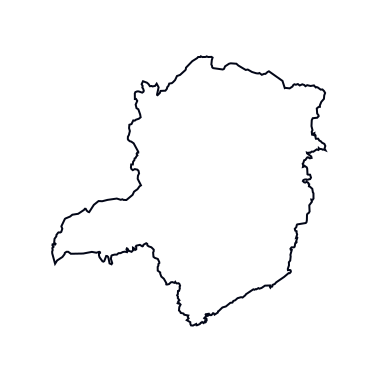 the border of Minas Gerais, rotated 350°
{"feature_id": "BRA-601", "entity_name": "Minas Gerais", "entity_type": "State", "adm_level": 1, "iso_a3": "BRA", "parent_name": "Brazil", "parent_adm1": "", "projection": "robinson", "projection_center": [-44.656, -18.566], "detail": "fine", "context": "isolated", "style": "outline", "palette": "ink", "viewbox_px": 384, "rotation_deg": 350, "n_neighbors": 0, "source": "natural_earth", "source_scale": "10m", "svg_char_len": 6029}
<svg xmlns="http://www.w3.org/2000/svg" viewBox="0 0 384 384"><g transform="rotate(350 192 192)"><path d="M163.0,74.4L166.7,76.6L168.0,78.3L168.9,80.5L170.7,80.6L171.5,81.2L174.1,81.1L176.0,79.2L177.3,83.1L174.5,89.9L174.5,90.4L174.9,90.7L177.5,88.9L178.6,87.0L183.4,87.6L185.2,86.0L185.8,84.5L187.2,83.4L188.4,81.3L191.0,81.3L192.5,80.5L194.8,78.8L197.3,75.2L200.6,74.6L206.5,70.9L207.1,70.3L207.7,68.5L215.0,63.2L220.4,61.0L221.5,60.1L223.5,60.5L224.2,59.9L225.6,60.9L229.1,61.4L230.0,61.0L231.4,61.9L234.6,62.3L235.6,63.2L234.4,65.6L233.2,69.8L233.6,71.1L233.6,72.8L234.4,73.7L243.6,76.7L244.9,76.3L246.4,74.0L250.8,72.1L252.5,72.0L258.0,73.4L259.6,75.5L266.1,81.1L268.2,81.1L271.9,84.2L275.8,86.2L277.8,86.8L279.0,86.5L281.1,88.7L283.5,88.2L284.9,88.4L287.3,86.9L288.7,86.5L300.4,98.3L301.4,105.8L302.1,105.7L306.2,106.9L309.2,105.6L310.4,104.2L311.5,103.7L312.9,104.4L315.0,104.1L316.6,105.8L319.3,105.1L321.1,106.1L322.1,107.5L324.0,106.8L327.2,108.2L330.6,108.2L331.1,109.4L331.9,109.8L332.1,110.5L333.1,110.4L333.9,110.8L336.5,113.5L338.3,113.7L339.6,115.6L340.3,117.6L339.0,119.8L338.1,123.2L335.0,125.7L332.9,129.0L332.8,130.3L331.3,130.3L329.4,131.4L328.9,136.5L329.9,138.4L329.9,139.3L328.2,140.6L323.7,140.3L322.4,142.1L321.1,147.9L321.4,152.0L320.4,153.4L320.2,156.4L321.0,156.7L321.5,155.6L322.6,155.3L322.0,157.0L322.3,157.4L323.1,157.0L323.5,157.7L323.1,160.1L323.3,161.1L325.5,161.4L326.3,163.4L327.7,164.5L328.5,165.9L330.7,167.6L331.3,169.8L330.1,172.2L330.7,174.1L329.2,173.1L328.0,173.0L327.4,172.4L325.0,171.6L324.5,170.9L324.2,172.3L323.8,172.6L322.2,171.7L318.5,173.4L316.9,173.0L315.2,173.9L314.3,173.5L312.8,173.7L312.0,173.2L312.0,173.9L315.6,177.7L315.7,179.2L313.9,179.3L312.2,177.9L311.4,178.0L309.2,180.1L308.0,180.2L306.6,182.9L305.9,183.4L306.1,185.4L305.6,186.6L306.4,186.5L307.2,185.6L309.3,187.7L309.5,189.0L308.8,194.6L309.2,195.0L311.3,195.5L311.7,198.5L310.6,199.8L307.1,200.0L306.6,199.4L305.0,199.3L303.8,199.6L303.1,200.5L304.1,201.9L305.1,202.4L306.7,201.9L308.1,203.1L308.1,204.0L308.8,204.7L308.1,206.7L309.0,207.2L311.0,209.7L311.0,213.4L311.4,214.3L310.5,219.6L309.5,220.6L308.2,220.2L308.4,222.4L305.2,225.4L304.4,231.7L303.1,233.1L302.0,233.4L301.3,234.4L300.2,239.8L299.5,241.6L298.6,242.3L290.0,242.2L289.4,242.8L288.7,244.6L286.8,246.2L287.0,248.0L288.2,248.8L287.9,250.2L288.2,252.0L286.6,255.1L287.6,254.9L287.8,255.3L285.9,258.9L286.3,259.5L285.8,260.1L284.8,260.3L283.6,263.7L282.7,264.2L280.4,263.8L279.1,265.0L279.2,266.0L280.2,266.3L280.1,266.6L278.0,271.0L278.0,272.5L276.8,276.6L275.2,278.0L274.8,281.0L273.0,284.4L272.9,285.6L274.9,285.8L275.5,286.3L275.6,287.3L275.2,288.1L274.1,288.9L273.0,288.7L268.0,291.6L259.2,295.6L257.5,297.0L255.8,297.3L255.2,297.6L254.6,299.0L253.5,298.9L252.6,299.8L252.3,299.0L252.7,297.6L247.6,296.9L243.8,298.6L241.5,298.9L240.7,298.2L238.5,299.0L237.9,298.7L236.5,299.1L235.5,298.5L227.5,302.0L226.5,303.0L223.5,304.7L222.1,304.1L218.4,304.5L215.8,306.1L213.8,306.5L212.6,307.9L210.5,307.8L205.5,310.6L201.9,311.0L197.6,313.9L196.9,314.1L196.5,315.2L192.9,316.7L192.4,315.4L191.7,315.0L189.8,316.6L188.5,316.4L188.1,315.6L186.0,316.7L185.5,316.0L186.4,314.8L184.3,314.8L184.1,315.1L184.7,316.5L182.1,318.4L182.6,319.0L184.0,319.0L184.3,319.5L184.1,321.0L183.1,321.1L183.2,322.0L182.9,322.6L182.4,322.7L181.8,322.0L180.7,323.1L179.4,321.8L178.8,322.4L177.9,322.3L176.8,323.4L173.9,324.1L173.3,324.0L173.2,322.7L169.7,323.7L167.9,323.2L167.5,321.9L167.7,319.9L164.6,317.3L166.7,315.9L166.1,314.2L166.9,313.0L163.0,311.5L162.5,310.2L159.9,309.1L159.6,307.8L158.6,306.4L159.5,303.1L161.2,300.9L160.5,299.8L159.1,299.5L158.6,299.0L159.6,298.4L159.3,297.7L159.6,297.2L160.8,296.5L159.6,293.9L160.0,292.7L159.4,291.1L160.3,290.2L161.0,287.1L162.1,287.1L163.3,284.7L163.3,283.2L164.0,282.3L163.6,280.3L162.9,279.5L161.1,279.4L160.2,278.5L159.9,277.6L158.9,278.4L156.9,277.3L155.5,277.3L153.4,278.7L151.2,278.8L150.6,278.5L150.8,277.0L149.2,272.5L147.1,270.0L146.5,266.8L146.7,265.7L144.6,263.5L145.2,259.8L146.1,258.7L146.4,257.1L147.5,256.3L147.6,255.3L146.7,252.0L143.9,250.4L142.8,249.1L143.2,244.9L144.0,243.7L144.3,242.1L142.4,239.4L139.9,238.0L138.8,236.9L138.9,235.3L138.0,234.5L135.1,235.5L134.2,236.8L133.6,236.9L131.5,235.0L127.9,235.2L127.2,235.9L127.5,236.8L127.1,238.8L125.9,239.2L125.1,237.3L124.2,236.6L123.8,239.2L122.1,240.4L119.5,238.9L118.7,236.7L118.1,236.2L117.5,237.1L118.2,239.2L117.6,240.0L115.6,239.1L113.4,239.1L111.1,239.8L109.0,239.5L107.1,240.6L105.0,240.2L102.3,240.4L101.6,240.8L100.5,243.7L101.1,248.2L100.2,249.2L98.4,248.0L98.3,242.8L98.1,241.4L97.4,240.4L96.4,240.1L93.6,244.8L92.7,245.2L91.8,244.7L89.6,240.2L89.4,238.1L89.7,236.6L90.9,236.0L91.0,235.4L90.2,234.8L87.3,235.2L83.0,233.6L74.1,233.7L62.0,231.8L59.7,229.4L58.0,229.1L56.2,229.9L55.7,231.1L53.1,233.5L47.3,236.0L44.7,238.9L43.7,228.3L43.9,226.5L44.7,225.0L44.7,223.0L46.1,222.0L45.3,220.4L45.6,219.3L46.6,219.2L47.8,220.1L48.6,219.4L47.5,217.8L48.5,214.2L50.7,212.1L51.0,210.8L52.9,209.0L53.5,208.6L55.2,209.0L56.3,208.6L57.9,205.7L57.4,203.1L62.1,196.5L62.8,196.1L67.7,195.0L70.2,193.6L76.1,193.7L82.5,190.9L83.6,189.9L84.4,190.1L85.1,192.1L86.5,193.7L87.2,194.0L93.1,187.6L98.4,184.7L102.0,185.5L107.4,185.1L116.8,185.4L120.5,187.3L122.2,187.1L123.2,187.9L126.0,188.5L133.0,184.5L135.0,181.6L138.9,179.7L141.3,177.3L142.9,176.6L140.8,169.6L141.6,166.6L143.1,164.5L143.0,161.9L142.1,160.5L139.6,159.5L137.5,160.2L136.3,158.8L136.1,157.3L136.9,154.3L138.5,154.6L139.3,151.9L140.8,150.6L141.3,149.0L142.6,148.5L143.3,147.3L144.6,146.5L144.1,144.8L144.9,143.8L145.9,143.9L146.1,143.2L143.0,133.9L140.9,131.8L139.6,131.2L138.3,129.7L138.0,128.7L138.5,126.4L139.7,125.0L141.4,121.2L141.1,118.2L142.0,114.9L144.2,114.6L146.6,111.3L148.0,111.8L149.2,111.1L152.4,110.6L154.4,109.5L154.4,106.6L153.5,101.2L151.9,99.8L151.7,96.1L153.9,92.8L153.0,90.6L151.9,90.5L152.8,85.0L153.6,83.8L155.5,83.4L157.0,83.7L160.2,85.5L161.5,84.9L162.1,84.0L161.8,81.6L161.2,80.6L161.8,79.0L161.1,77.1L163.0,74.4Z" fill="none" stroke="#020617" stroke-width="2"/></g></svg>